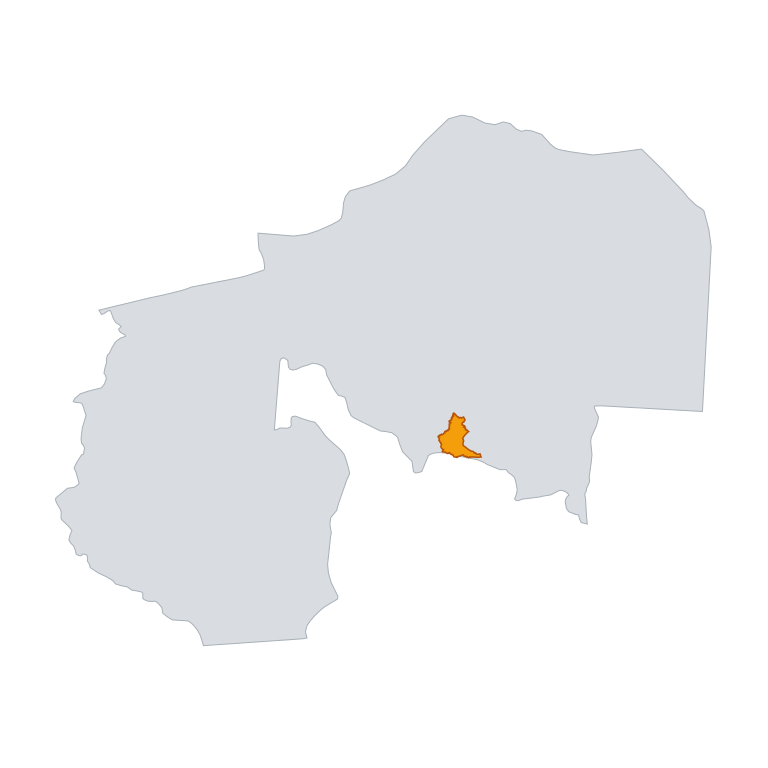 location of Solwezi, North-Western, Zambia, rotated 184°
{"feature_id": "96606910B85168359517007", "entity_name": "Solwezi", "entity_type": "district", "adm_level": 2, "iso_a3": "ZMB", "parent_name": "Zambia", "parent_adm1": "North-Western", "projection": "albers", "projection_center": [26.494, -12.304], "detail": "fine", "context": "in_parent", "style": "filled", "palette": "amber", "viewbox_px": 768, "rotation_deg": 184, "n_neighbors": 0, "source": "geoboundaries", "source_scale": "gbopen_adm2", "svg_char_len": 8829}
<svg xmlns="http://www.w3.org/2000/svg" viewBox="0 0 768 768"><g transform="rotate(184 384 384)"><path d="M520.2,525.7L484.3,525.3L471.2,528.0L460.4,532.4L447.6,539.2L440.2,543.9L438.1,546.6L437.1,552.5L437.0,561.7L435.6,568.2L431.7,574.2L412.3,581.3L399.6,587.2L387.1,594.2L377.7,603.2L371.2,614.4L360.5,628.3L338.2,653.0L325.3,657.6L314.5,656.6L301.5,651.4L291.1,650.4L283.5,653.7L276.4,652.7L269.9,647.5L264.4,645.6L260.0,647.1L254.4,646.8L244.1,644.0L235.1,635.2L230.3,631.6L226.5,630.2L215.9,628.8L191.4,627.0L166.0,631.6L143.6,636.3L120.7,616.9L98.4,596.3L93.7,591.1L85.3,584.2L79.3,580.9L77.0,579.2L70.7,560.7L67.2,543.6L64.4,378.8L165.8,377.4L172.3,376.7L172.6,374.9L167.8,366.1L168.0,363.0L169.2,357.0L173.6,345.0L173.8,341.0L171.6,328.1L171.8,320.8L172.8,306.1L172.1,301.1L174.4,294.5L175.1,290.1L176.1,288.2L174.9,283.2L172.7,265.8L171.4,258.5L177.6,259.5L179.6,263.1L180.8,267.0L183.6,267.2L190.9,269.5L193.4,272.7L195.1,279.7L194.2,283.3L191.8,286.2L194.2,288.7L199.1,290.4L201.9,289.9L210.1,285.0L217.6,283.2L221.5,282.0L238.3,278.7L241.7,277.0L244.0,277.0L245.7,278.4L244.2,283.3L243.7,287.8L245.8,296.0L247.4,299.9L250.9,302.7L253.5,304.2L256.3,307.2L262.2,306.6L275.1,310.8L279.0,312.8L284.5,314.7L288.3,315.4L301.6,316.9L315.6,319.3L322.9,319.5L328.1,318.9L331.7,317.7L333.9,316.4L334.9,315.2L340.2,299.4L342.9,298.2L346.4,297.4L348.5,298.8L350.7,308.8L360.8,317.8L364.3,325.4L366.8,331.9L369.0,333.6L372.8,335.9L378.9,336.7L384.4,336.9L411.6,348.1L414.6,350.1L417.9,356.0L419.9,362.7L422.0,367.9L425.5,369.0L428.7,369.4L431.7,373.0L434.1,376.2L442.0,389.3L443.1,394.4L447.0,397.9L452.2,399.4L457.1,399.7L460.0,398.1L467.0,395.5L472.4,392.5L476.4,391.5L478.7,392.2L480.5,394.3L481.6,400.8L485.4,403.1L488.3,402.2L489.4,399.7L489.5,398.4L490.2,330.6L487.7,331.1L484.6,332.9L477.3,333.1L474.5,334.5L473.6,336.6L474.1,339.5L474.2,343.3L473.2,345.1L470.0,345.8L465.4,344.3L457.1,342.2L450.2,341.0L445.3,335.9L438.7,328.1L434.3,324.2L423.7,316.1L421.9,314.5L418.7,310.7L416.0,304.4L413.4,297.0L412.0,292.3L414.6,285.2L421.0,261.7L422.5,254.4L427.8,247.0L428.2,240.4L426.2,231.8L426.7,227.1L427.7,200.2L426.3,191.7L422.9,182.3L415.2,169.1L415.3,166.3L427.3,157.9L430.9,154.7L437.1,147.9L441.4,142.1L444.1,137.3L445.1,131.2L443.1,125.3L447.2,124.2L545.9,110.4L547.3,114.4L550.1,121.1L553.4,126.1L557.6,130.5L561.2,133.1L563.5,134.0L578.7,133.9L584.1,136.7L588.8,140.1L589.9,145.2L592.9,148.5L596.2,151.1L597.7,151.4L600.2,150.9L604.2,150.9L608.0,152.1L609.7,153.2L609.8,157.5L610.9,159.5L616.0,160.3L621.2,160.8L626.2,163.8L631.6,164.4L637.9,165.8L640.8,169.0L647.4,172.3L655.5,175.4L664.4,180.4L664.6,181.9L666.0,184.7L667.6,186.7L667.6,189.7L668.3,192.5L670.6,193.2L672.5,193.4L674.3,191.5L676.7,191.6L679.3,192.9L680.2,196.1L682.1,200.5L685.4,203.5L687.5,206.3L686.7,211.4L685.1,216.1L689.5,220.8L695.3,225.4L696.8,227.3L697.1,233.9L697.9,236.1L701.8,241.7L703.6,245.3L703.4,247.4L692.5,257.9L685.9,259.3L682.9,261.5L681.2,263.7L685.1,274.5L687.3,278.6L685.3,283.7L680.8,292.2L678.9,292.9L678.3,299.5L679.6,301.9L681.6,303.8L682.4,308.3L681.9,319.3L679.0,331.8L683.5,342.8L685.1,344.0L691.7,344.3L692.8,345.2L691.1,348.3L686.4,353.0L677.9,356.5L665.7,360.4L663.0,364.3L661.3,370.0L662.6,373.4L664.1,375.3L663.5,380.4L662.3,385.6L662.6,389.8L661.9,393.5L660.3,395.2L658.1,400.7L655.3,406.3L653.2,408.8L650.1,411.4L645.3,413.5L645.4,414.6L650.7,417.3L652.1,419.1L652.5,420.3L650.2,423.1L652.7,424.9L655.7,426.4L658.5,430.2L661.6,437.3L662.2,438.0L663.1,438.1L664.9,437.4L668.3,434.6L670.7,433.7L673.6,437.8L622.8,453.9L611.0,457.2L593.2,462.9L587.5,465.1L582.8,467.3L535.8,480.0L528.5,482.5L511.9,489.2L511.3,490.3L511.4,493.4L512.8,499.9L515.6,505.9L518.0,509.3L519.4,518.0L520.2,525.7Z" fill="#d9dde1" stroke="#a8b0b8" stroke-width="1"/><path d="M302.3,356.6L304.4,355.4L304.8,355.9L305.2,356.0L305.8,355.8L306.2,355.4L306.7,355.4L307.4,355.7L307.5,356.3L307.8,356.5L308.4,356.4L308.5,356.5L309.0,357.1L309.5,357.4L309.6,357.6L309.8,357.6L309.9,357.8L310.1,358.1L310.4,358.4L310.6,358.6L311.0,358.6L311.1,358.8L311.2,358.7L311.6,359.0L311.8,359.4L311.8,359.6L312.1,359.8L312.2,359.7L312.3,359.7L312.4,359.4L312.8,359.5L312.9,359.2L312.7,359.1L312.9,359.1L312.9,358.9L312.3,358.5L312.3,358.3L312.7,358.0L312.5,357.9L312.7,357.7L312.6,357.4L312.6,357.2L312.8,357.0L312.7,356.8L312.9,356.8L313.0,356.6L313.2,356.3L313.3,356.4L313.3,356.2L313.7,356.2L313.8,355.8L313.7,355.6L313.9,355.3L313.8,355.2L314.0,355.0L314.3,355.0L314.3,354.7L314.5,354.2L314.4,354.0L314.2,354.0L314.2,353.8L313.9,353.7L314.1,353.2L314.3,352.9L314.5,352.9L314.8,352.4L315.1,352.2L315.2,352.3L315.4,352.1L315.9,352.0L315.9,351.9L316.1,351.9L316.1,351.6L316.3,351.6L316.4,350.8L316.3,350.6L315.9,350.5L315.7,350.5L315.6,350.3L315.4,350.3L315.2,350.5L315.1,350.4L315.1,350.2L314.9,350.2L314.6,350.0L314.8,349.7L315.2,349.5L315.3,349.4L315.5,349.1L315.7,348.9L315.7,348.5L315.9,348.5L315.9,348.2L316.1,348.3L316.1,348.0L316.1,347.8L315.9,347.7L316.0,347.4L315.7,347.1L315.8,346.9L315.7,346.8L315.6,346.6L315.7,346.4L315.8,346.2L315.9,345.9L316.1,345.7L316.1,345.4L316.1,345.1L315.8,345.0L315.8,344.6L315.6,344.4L315.9,344.0L315.7,344.0L315.6,343.7L315.8,343.5L316.0,343.5L316.3,343.2L316.5,343.1L316.3,343.0L316.4,342.8L316.5,342.7L316.4,342.7L316.5,342.2L316.4,342.0L316.5,342.1L316.8,341.9L317.4,341.9L317.5,341.9L317.6,341.7L317.9,341.6L318.0,341.7L318.2,341.4L318.4,341.3L318.5,341.4L318.4,341.6L318.6,341.7L318.8,341.4L319.1,341.3L319.0,341.1L319.3,341.1L319.5,341.0L319.6,340.9L319.6,341.0L320.0,340.8L320.0,340.4L319.8,339.8L320.1,339.8L320.1,339.7L320.3,339.5L320.7,339.2L320.8,338.9L321.0,338.9L321.3,338.1L321.6,337.9L322.0,337.6L322.3,337.6L322.5,337.7L322.6,337.8L322.8,337.7L322.9,337.8L323.0,337.5L323.3,337.6L323.5,337.4L324.1,337.3L324.2,337.0L324.4,337.0L324.5,336.7L324.8,336.6L324.8,336.3L325.0,336.3L325.0,336.2L325.2,336.4L325.3,336.2L325.7,336.0L326.0,336.0L326.1,335.8L326.3,335.4L326.3,335.2L326.2,335.1L326.3,335.0L326.3,334.9L326.2,334.7L325.7,334.3L325.5,334.0L325.0,333.4L325.1,333.1L325.1,332.7L325.2,332.3L325.1,332.2L325.2,331.9L325.1,332.0L325.0,331.8L325.1,331.7L324.9,331.6L325.0,331.4L324.7,331.1L324.6,330.6L324.3,330.1L324.0,329.9L323.9,330.0L323.6,329.9L323.4,329.8L323.2,328.6L322.8,328.5L322.4,327.8L322.4,327.6L322.6,327.2L322.9,325.3L322.0,323.8L321.3,323.3L320.0,322.6L320.8,321.8L321.2,320.8L321.0,320.6L320.7,320.4L320.2,320.5L319.5,320.2L318.9,320.3L318.6,320.2L318.2,320.4L317.9,320.3L317.2,320.0L316.3,319.2L315.8,319.4L315.4,319.1L315.2,319.3L314.9,319.4L314.6,320.0L314.3,320.1L314.2,319.9L314.0,320.0L313.7,319.8L313.6,319.6L313.3,319.7L313.0,319.5L312.9,319.3L312.6,319.1L312.5,318.7L312.1,318.5L311.7,318.5L311.6,318.3L310.9,318.4L310.7,318.3L310.6,318.1L310.4,318.2L310.2,318.0L310.1,317.6L309.9,317.5L309.6,316.8L309.2,316.3L308.9,316.2L308.0,316.0L307.0,316.1L306.6,315.8L306.1,315.9L306.0,316.4L305.5,316.2L305.4,316.3L305.3,316.8L305.2,316.9L304.3,316.9L303.7,317.3L303.1,317.5L302.4,317.9L301.9,318.0L301.2,318.5L300.1,318.8L299.7,318.7L299.6,317.9L299.0,317.6L298.5,317.5L297.7,317.5L297.0,317.5L296.7,317.6L296.3,317.2L296.1,316.8L295.8,317.2L295.6,317.2L295.2,316.9L294.7,316.5L294.4,316.4L293.8,316.8L293.6,317.1L293.2,317.4L292.8,317.1L292.5,317.1L292.3,317.0L292.0,317.3L290.9,317.3L290.0,317.5L289.8,317.4L289.0,317.5L288.6,317.5L288.2,317.3L287.0,317.5L286.4,317.3L286.1,317.4L285.8,317.3L285.3,317.6L283.6,317.6L282.0,318.0L282.5,318.9L282.7,319.5L283.2,320.9L283.8,320.9L284.1,320.6L284.6,320.7L285.4,320.4L285.8,320.5L286.3,320.3L286.7,320.4L287.1,320.7L287.2,320.9L287.3,321.2L287.6,321.3L287.7,321.5L287.8,321.4L288.3,321.5L288.3,321.4L288.6,321.3L289.0,321.4L289.6,322.0L289.8,322.7L289.9,322.8L291.3,323.1L292.0,323.0L294.7,324.3L296.4,325.3L297.1,325.9L298.3,326.6L298.7,327.0L299.7,327.5L300.5,328.2L300.8,328.5L301.0,329.3L301.1,330.3L300.9,331.4L301.0,331.8L300.8,332.0L300.6,332.4L300.7,333.3L300.9,333.7L301.1,334.2L301.6,334.6L301.6,335.4L301.5,335.8L301.2,336.1L300.9,336.9L300.8,337.1L297.9,341.0L297.3,341.3L296.6,342.4L296.3,342.5L296.5,342.7L297.0,343.0L297.1,342.9L297.4,343.1L297.7,343.5L298.0,343.8L298.1,343.7L298.2,344.0L298.4,343.9L298.8,344.1L299.4,344.1L299.2,344.6L299.3,344.5L299.5,344.8L299.8,345.1L299.7,345.3L299.8,345.3L300.1,345.6L300.1,345.8L300.3,345.8L300.4,346.0L300.6,346.0L300.8,346.3L300.7,346.4L300.8,346.4L300.7,346.5L300.9,346.8L300.7,347.0L300.8,347.1L300.7,347.2L300.6,347.3L300.5,347.2L300.5,347.6L300.7,347.8L300.8,347.7L301.0,347.6L301.1,347.8L301.1,347.7L301.3,347.9L301.4,347.7L301.5,347.9L301.7,348.0L301.9,348.0L302.0,348.3L302.7,348.5L302.9,348.8L302.9,349.0L303.0,349.0L303.3,349.4L303.2,349.7L303.3,349.6L303.3,349.9L303.4,350.3L303.0,351.0L302.9,351.1L302.6,351.2L302.2,351.4L301.6,351.7L301.4,352.2L301.5,352.7L300.9,353.2L300.6,354.0L301.0,354.4L302.3,356.6Z" fill="#f59e0b" stroke="#b45309" stroke-width="1.5"/></g></svg>